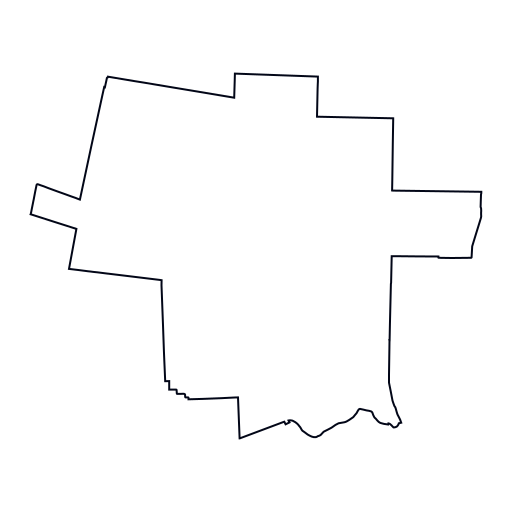 Amara, Ialomita, Romania (orthographic projection)
{"feature_id": "2599482B39510423223989", "entity_name": "Amara", "entity_type": "district", "adm_level": 2, "iso_a3": "ROU", "parent_name": "Romania", "parent_adm1": "Ialomita", "projection": "orthographic", "projection_center": [27.315, 44.645], "detail": "fine", "context": "isolated", "style": "outline", "palette": "ink", "viewbox_px": 512, "rotation_deg": 0, "n_neighbors": 0, "source": "geoboundaries", "source_scale": "gbopen_adm2", "svg_char_len": 3418}
<svg xmlns="http://www.w3.org/2000/svg" viewBox="0 0 512 512"><path d="M239.7,438.4L283.7,421.9L284.3,421.7L284.7,422.5L285.6,424.3L288.9,422.7L289.5,422.4L288.5,420.5L288.9,420.4L289.6,420.3L290.5,420.3L292.3,420.6L293.4,421.1L294.4,421.7L295.5,422.3L296.2,422.9L297.0,423.5L297.6,424.1L298.2,424.7L299.2,426.0L300.2,427.2L300.7,428.0L301.2,428.9L301.7,429.8L302.1,430.3L302.5,430.8L303.3,431.3L305.1,432.6L307.6,434.5L308.5,435.0L309.4,435.5L310.6,436.1L311.3,436.4L312.0,436.7L312.5,436.8L313.6,437.1L315.2,437.1L316.0,437.1L316.3,437.0L316.8,436.8L317.0,436.7L317.3,436.5L317.6,436.3L318.0,436.1L318.5,436.0L319.0,435.8L320.5,435.1L320.9,434.7L322.3,433.2L323.6,431.8L324.3,431.4L328.1,429.5L331.5,427.7L332.8,426.8L335.5,424.9L337.6,423.8L338.5,423.3L340.7,422.9L343.6,422.4L344.6,422.2L345.6,421.9L346.7,421.4L349.4,419.8L353.3,417.1L354.9,415.1L356.6,413.1L357.6,411.2L358.2,410.3L358.7,409.5L359.5,409.0L360.0,408.9L363.3,409.6L366.5,410.4L369.0,410.8L371.1,411.4L371.7,411.8L372.3,412.5L373.3,415.2L374.2,417.0L374.6,417.6L375.9,418.8L377.3,420.5L378.7,421.9L380.3,422.9L382.1,423.4L384.0,423.9L386.1,424.2L388.1,424.5L388.4,423.4L389.2,423.6L390.0,424.0L391.6,425.4L392.3,426.2L393.0,426.9L393.5,427.4L394.3,427.4L395.3,427.2L396.6,426.7L397.3,426.1L398.3,424.7L398.6,424.0L398.8,423.3L401.2,422.7L400.1,419.6L398.8,417.0L397.5,414.5L397.1,413.3L396.7,412.0L396.3,410.6L395.9,409.1L395.6,408.2L395.3,407.3L394.4,406.0L393.4,403.3L392.5,400.6L390.8,391.7L389.0,382.7L389.0,380.2L389.0,374.7L389.4,348.1L389.5,340.6L389.4,340.3L389.6,340.3L389.9,325.4L390.2,312.7L390.9,283.8L391.1,282.9L391.4,269.5L391.7,256.2L394.7,256.2L397.7,256.2L418.0,256.4L438.4,256.5L438.4,257.6L438.5,257.7L441.6,257.9L444.7,257.9L451.9,258.0L471.1,257.8L471.3,257.7L471.5,257.5L471.6,257.2L471.6,256.8L472.2,246.3L475.5,235.5L479.4,222.9L480.1,220.6L480.8,218.3L481.0,217.6L481.1,216.9L481.2,216.3L481.1,214.4L481.1,212.6L481.2,210.9L481.1,208.6L480.9,207.7L480.6,207.0L480.8,200.7L481.0,194.5L481.3,193.1L481.3,191.8L393.0,190.6L392.1,190.5L392.3,179.9L392.8,143.5L393.2,119.3L393.2,118.3L317.0,116.7L317.6,88.5L317.7,85.8L317.8,83.3L317.9,81.5L317.9,76.6L234.9,73.6L234.7,81.1L234.2,97.7L170.7,87.1L143.8,82.6L135.0,81.2L133.8,81.0L108.1,76.7L108.1,76.9L108.0,77.2L107.8,77.4L107.2,77.6L106.9,78.0L106.3,80.9L105.8,83.1L104.9,87.3L104.2,87.0L102.1,96.5L91.5,145.3L85.5,173.4L80.1,198.7L79.9,199.6L77.5,198.7L75.8,198.0L71.5,196.5L64.9,194.1L57.6,191.5L52.4,189.6L48.3,188.1L43.7,186.3L41.0,185.4L38.0,184.3L37.6,184.2L36.8,184.5L36.5,185.2L36.4,185.8L35.8,188.7L35.2,191.6L33.6,200.0L33.5,200.4L32.8,203.9L31.9,208.4L31.8,208.9L31.2,212.0L31.0,212.8L30.8,213.7L30.8,214.1L30.7,214.3L31.4,214.5L34.5,215.5L55.7,222.3L66.1,225.6L76.4,228.9L74.4,239.7L69.0,268.9L78.2,270.0L86.8,271.1L88.3,271.3L89.3,271.4L90.3,271.5L91.8,271.7L92.5,271.8L94.2,272.0L97.2,272.3L108.3,273.7L108.5,273.7L130.0,276.3L159.6,279.9L161.6,280.2L161.5,285.2L162.8,319.8L163.0,325.1L163.9,350.7L164.2,358.1L165.2,381.2L169.2,381.1L169.2,389.6L169.4,389.6L176.1,389.6L176.4,389.7L176.6,390.0L176.7,391.6L176.8,393.3L176.9,393.7L177.2,393.9L183.9,393.8L184.3,394.0L184.7,394.1L184.9,394.3L185.0,394.5L185.1,394.9L185.1,395.9L185.2,396.8L185.2,397.0L185.4,397.3L185.6,397.4L186.8,397.4L188.1,397.4L188.3,397.5L188.5,397.8L188.5,399.3L202.7,398.9L220.8,398.2L234.7,397.5L238.0,397.4L239.6,438.4L239.7,438.4Z" fill="none" stroke="#020617" stroke-width="2"/></svg>